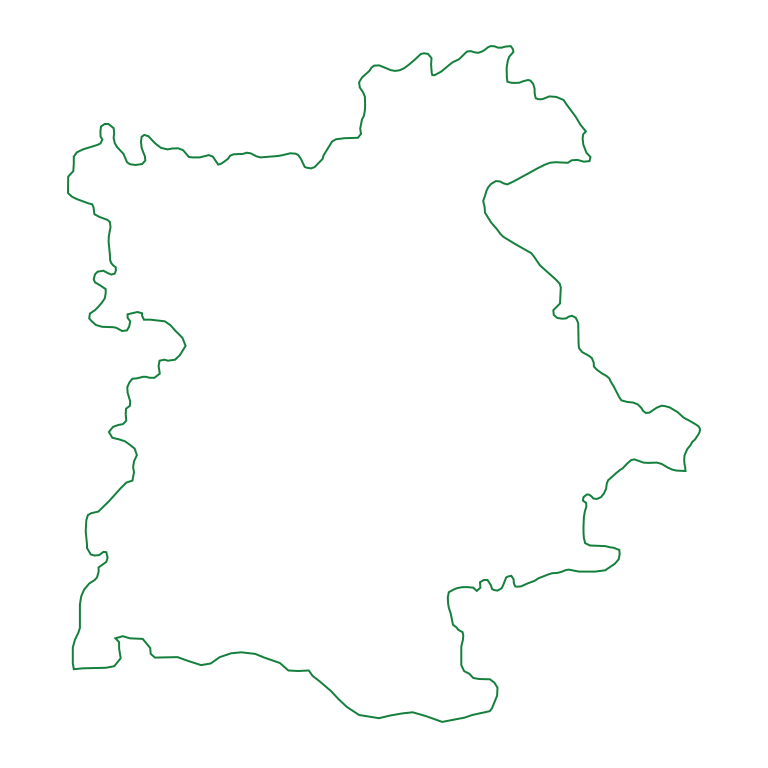 the district of Pinsk, Brest, Belarus
{"feature_id": "67162791B61405599198646", "entity_name": "Pinsk", "entity_type": "district", "adm_level": 2, "iso_a3": "BLR", "parent_name": "Belarus", "parent_adm1": "Brest", "projection": "mercator", "projection_center": [26.193, 52.204], "detail": "fine", "context": "isolated", "style": "outline", "palette": "green", "viewbox_px": 768, "rotation_deg": 0, "n_neighbors": 0, "source": "geoboundaries", "source_scale": "gbopen_adm2", "svg_char_len": 6014}
<svg xmlns="http://www.w3.org/2000/svg" viewBox="0 0 768 768"><path d="M685.5,471.0L685.1,466.7L684.5,464.3L684.2,459.9L684.5,455.4L687.2,449.2L690.6,445.0L692.2,442.0L695.0,439.5L698.7,433.9L699.7,431.7L700.0,429.0L698.7,426.5L695.9,424.5L689.4,420.7L683.7,417.7L677.7,412.2L669.7,407.4L664.9,406.1L661.6,405.7L656.7,407.7L649.3,412.7L645.8,412.9L643.2,411.0L641.2,407.8L637.8,404.4L633.3,402.6L627.0,401.9L621.3,400.3L619.0,396.7L613.7,386.4L610.4,381.0L609.5,378.7L606.7,376.1L601.6,373.2L597.0,369.8L593.9,366.6L593.7,362.5L591.8,358.0L588.8,355.7L582.2,352.1L579.1,348.3L578.6,344.2L578.2,323.3L577.2,320.7L575.6,317.6L571.9,315.8L568.6,316.7L566.1,318.4L562.1,318.7L557.2,317.9L553.8,315.0L553.3,310.2L560.0,303.5L560.8,287.6L559.7,283.7L556.0,279.7L539.9,265.3L534.5,257.3L531.3,253.2L515.4,244.2L503.3,236.8L500.5,234.0L496.6,228.8L491.2,222.6L485.0,212.7L484.6,207.1L483.2,201.0L484.8,196.4L486.5,190.8L488.3,187.1L491.0,184.0L495.8,181.1L499.9,181.4L503.6,183.4L507.3,184.4L513.7,181.4L537.4,168.4L544.1,165.0L549.8,162.8L555.4,162.2L567.8,162.8L571.7,160.3L577.5,159.9L583.9,161.7L589.5,161.1L590.5,157.0L586.4,152.7L583.3,144.6L582.6,138.2L583.3,134.1L585.9,131.5L580.2,124.4L575.8,116.9L566.6,104.5L563.6,100.0L556.2,96.9L549.3,96.4L543.1,98.9L541.1,99.3L538.1,99.2L535.7,98.1L535.0,95.3L534.6,92.4L534.6,88.7L533.2,83.9L530.5,80.6L528.0,80.0L523.3,81.2L519.0,82.8L511.8,82.9L507.4,81.7L506.9,77.5L506.6,68.1L507.7,61.1L509.1,56.8L513.4,52.0L512.8,48.9L510.6,46.1L505.4,46.6L501.5,47.7L498.0,47.7L494.6,46.3L490.7,46.1L487.9,47.3L484.4,50.2L481.7,51.6L478.4,52.8L474.9,52.4L470.6,51.1L466.9,51.6L459.1,59.2L453.0,62.1L450.1,64.2L441.5,71.4L434.8,75.1L432.3,75.1L431.7,72.9L431.1,64.6L431.5,58.1L428.0,53.9L424.1,53.3L420.8,54.0L415.2,59.3L409.0,64.6L404.3,68.1L399.5,70.3L395.0,70.9L390.7,70.1L379.3,65.4L374.2,65.6L371.4,67.7L369.4,70.9L362.0,77.5L359.1,82.3L359.8,87.5L363.1,92.4L364.9,96.7L365.1,105.6L364.9,110.4L363.9,115.9L362.0,119.4L360.2,128.5L361.0,133.9L357.9,137.8L344.7,138.2L335.8,139.3L332.1,141.5L323.6,155.3L322.6,158.9L314.6,167.1L311.1,168.4L306.7,167.7L304.7,166.9L300.9,158.9L298.3,155.1L295.8,153.7L290.2,153.3L282.8,155.1L278.0,156.0L260.5,157.4L256.6,156.4L250.6,153.3L246.7,152.7L243.0,153.9L233.5,154.3L230.0,155.8L228.1,158.7L222.9,162.6L220.9,163.8L218.2,164.6L212.8,156.6L208.7,155.1L199.8,157.4L192.2,157.4L188.9,157.0L183.1,150.2L178.2,148.3L172.2,148.5L167.6,149.4L161.0,147.9L156.9,144.8L154.4,142.6L148.4,136.2L144.3,134.9L141.6,136.8L141.0,141.7L141.6,147.7L143.3,152.5L144.9,156.2L145.3,160.5L142.2,164.0L135.6,165.0L129.9,164.2L127.0,162.2L123.5,153.9L117.1,147.1L114.8,143.2L113.6,138.0L114.2,132.9L113.6,128.1L108.4,124.0L104.7,124.0L101.0,126.5L100.4,131.2L100.6,136.8L102.4,139.5L100.5,143.4L97.5,144.9L82.9,149.4L76.8,152.4L73.8,156.5L73.8,163.5L73.3,171.1L68.2,176.6L68.0,191.0L68.1,193.2L72.1,196.8L77.3,199.3L88.6,203.4L92.2,204.3L93.5,207.2L94.4,214.2L98.9,216.7L107.5,219.9L109.9,222.0L110.5,227.0L108.8,236.4L108.6,241.6L110.1,256.9L110.1,260.0L111.3,263.2L113.4,265.6L115.7,267.2L115.9,270.6L114.7,273.6L111.5,274.6L107.6,273.0L103.4,270.7L97.6,271.7L95.0,274.3L93.7,279.4L95.0,282.3L100.5,285.6L105.7,289.1L105.7,293.3L104.7,298.5L102.1,302.3L98.9,306.2L95.0,310.1L89.9,313.6L89.2,318.4L91.5,321.0L95.7,324.9L102.1,326.8L113.1,327.2L116.3,327.8L122.1,331.0L127.0,330.4L129.2,326.5L130.2,321.3L127.6,317.8L127.6,314.3L137.3,312.0L142.1,313.3L142.1,315.9L144.0,319.7L150.8,319.7L164.7,321.3L170.5,325.2L175.3,330.7L182.4,337.8L185.6,345.9L179.8,355.2L175.0,359.7L167.9,360.7L164.4,359.7L159.5,360.7L158.6,366.2L159.8,373.6L154.4,377.8L149.8,377.8L146.0,376.8L143.1,376.8L136.6,378.4L132.4,378.7L129.5,382.3L127.3,387.1L127.6,392.6L130.2,401.3L129.9,405.8L126.0,408.7L125.7,414.5L126.3,420.7L122.8,424.2L118.6,424.9L113.1,426.8L108.9,432.0L112.4,437.8L119.2,439.4L125.0,441.3L129.5,444.5L134.7,448.7L136.9,455.2L134.0,461.3L133.1,467.1L134.0,472.3L132.4,480.6L126.3,482.6L120.8,488.1L108.9,501.3L98.3,511.6L91.2,513.2L87.9,515.1L86.3,520.3L85.7,531.3L87.0,544.5L87.0,548.0L90.8,554.5L94.4,555.5L99.2,555.1L103.4,551.9L106.3,552.2L107.6,557.7L106.3,561.9L98.6,567.4L98.6,571.9L97.0,577.4L94.7,580.0L89.2,583.5L84.1,589.6L81.2,596.4L79.9,604.5L79.9,628.0L78.3,632.8L75.0,639.6L72.8,647.4L72.8,663.2L73.8,669.2L83.2,668.3L105.7,667.8L114.3,666.2L120.7,658.2L119.1,648.5L119.1,642.1L115.4,638.3L122.9,636.2L129.8,638.3L142.7,638.9L150.2,648.0L150.7,653.9L155.0,657.6L177.5,657.1L187.7,660.8L201.1,665.1L210.7,663.5L219.8,657.1L231.1,653.3L241.3,652.3L255.2,653.9L264.3,657.6L279.9,663.0L288.4,670.5L298.1,671.0L308.8,670.5L312.5,675.8L319.5,681.2L330.7,690.8L338.8,699.4L346.8,706.9L359.1,715.0L379.0,718.2L390.2,715.5L403.1,713.3L412.7,712.3L425.6,716.0L442.2,721.9L464.7,717.6L472.2,715.0L489.7,711.2L492.0,708.2L497.1,695.7L497.5,687.7L494.5,682.8L490.0,679.3L479.1,679.0L473.3,678.0L469.4,673.8L464.2,671.2L461.3,665.1L461.3,646.4L462.9,639.9L463.3,635.7L462.6,632.2L458.4,629.9L456.5,627.4L453.0,624.8L450.7,613.5L448.8,607.7L448.1,603.5L447.8,597.4L448.8,592.2L454.2,589.3L457.5,588.0L462.9,587.1L467.5,587.1L473.3,587.7L476.8,590.9L480.4,587.7L480.0,582.2L483.9,580.0L487.5,580.0L491.0,585.4L492.0,589.0L493.9,590.0L497.5,590.6L501.6,588.3L502.9,585.8L506.2,577.4L508.4,576.4L511.3,575.8L513.6,579.3L513.9,583.5L515.2,586.4L517.1,586.7L521.0,586.4L528.1,583.2L534.5,580.9L538.4,578.3L548.1,574.5L552.3,573.2L557.4,572.9L561.3,571.9L565.2,570.3L568.7,569.6L579.0,571.6L595.2,571.6L605.2,570.3L614.8,563.8L618.7,559.3L619.7,554.2L619.3,550.0L613.5,547.7L610.6,547.4L605.2,546.1L590.0,545.5L585.2,543.2L583.9,538.0L583.5,532.9L583.5,526.4L583.9,517.1L584.8,511.6L586.4,506.4L586.1,502.9L582.9,500.6L583.5,497.1L586.8,494.5L588.7,494.5L591.6,496.4L593.2,498.4L596.8,499.0L601.0,497.1L603.9,493.5L606.1,488.7L606.8,483.5L608.1,480.3L616.4,472.9L620.0,470.0L622.6,468.4L627.1,463.6L631.3,460.0L634.5,459.4L643.5,462.6L648.4,462.9L656.7,462.6L661.6,463.9L668.0,467.7L672.5,469.7L676.7,470.6L685.5,471.0Z" fill="none" stroke="#15803d" stroke-width="2"/></svg>